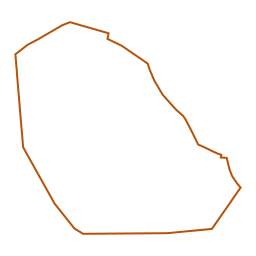 the district of Malvik nor, Sør-Trøndelag, Norway
{"feature_id": "86288312B1781368759016", "entity_name": "Malvik nor", "entity_type": "district", "adm_level": 2, "iso_a3": "NOR", "parent_name": "Norway", "parent_adm1": "Sør-Trøndelag", "projection": "mercator", "projection_center": [10.864, 63.347], "detail": "fine", "context": "isolated", "style": "outline", "palette": "amber", "viewbox_px": 256, "rotation_deg": 0, "n_neighbors": 0, "source": "geoboundaries", "source_scale": "gbopen_adm2", "svg_char_len": 720}
<svg xmlns="http://www.w3.org/2000/svg" viewBox="0 0 256 256"><path d="M211.9,228.9L240.6,187.6L237.2,183.6L232.0,175.9L229.4,169.0L226.7,157.9L220.8,157.5L221.3,154.9L220.9,154.7L217.9,153.7L215.0,152.4L213.0,151.5L210.3,150.2L207.8,148.9L205.5,147.8L203.1,146.7L201.7,146.1L200.4,145.5L198.8,144.9L198.1,144.4L191.7,131.3L185.7,119.8L183.3,116.1L176.4,110.0L172.0,105.2L162.7,94.8L154.3,80.6L149.5,69.2L147.7,63.6L121.8,45.8L107.5,38.9L108.6,33.3L70.0,22.2L62.3,25.2L38.0,39.3L27.7,44.7L15.4,54.3L16.8,71.1L16.9,73.1L21.4,127.0L22.0,133.5L23.1,147.2L49.0,193.6L50.2,195.7L54.5,203.5L74.3,228.4L74.6,228.6L83.0,233.8L83.7,233.8L165.7,233.2L166.9,233.2L211.9,228.9Z" fill="none" stroke="#b45309" stroke-width="2"/></svg>